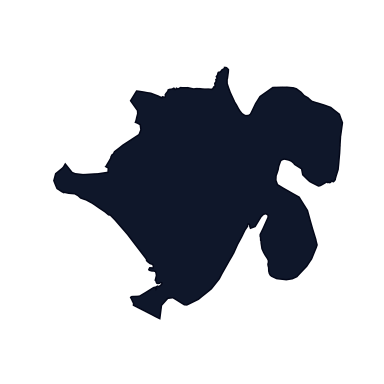 Far' Al Odayn, Ibb, Yemen, rotated 198°
{"feature_id": "15242507B99801964698927", "entity_name": "Far' Al Odayn", "entity_type": "district", "adm_level": 2, "iso_a3": "YEM", "parent_name": "Yemen", "parent_adm1": "Ibb", "projection": "robinson", "projection_center": [43.774, 13.958], "detail": "fine", "context": "isolated", "style": "filled", "palette": "ink", "viewbox_px": 384, "rotation_deg": 198, "n_neighbors": 0, "source": "geoboundaries", "source_scale": "gbopen_adm2", "svg_char_len": 5689}
<svg xmlns="http://www.w3.org/2000/svg" viewBox="0 0 384 384"><g transform="rotate(198 192 192)"><path d="M183.5,61.6L186.0,74.8L182.2,83.4L177.5,85.6L174.1,84.8L168.2,83.3L164.5,82.4L162.0,83.0L161.4,83.6L160.2,84.7L152.9,91.8L152.3,92.6L150.5,95.5L147.9,99.4L143.9,105.6L143.7,105.9L139.3,117.7L139.2,118.2L138.4,123.1L138.1,124.7L137.9,125.6L136.8,131.0L135.3,138.4L134.1,143.8L133.8,145.5L133.5,146.8L132.5,156.3L131.0,164.3L129.9,172.1L128.9,175.6L128.6,176.4L128.7,177.2L128.8,178.0L128.9,178.5L128.7,179.1L128.4,179.1L127.6,179.1L126.8,178.3L126.4,177.2L125.2,175.6L121.3,178.7L118.7,189.8L117.2,192.7L115.4,194.1L114.7,194.0L114.0,194.0L112.3,193.3L111.8,191.2L113.1,179.0L114.0,172.7L113.5,171.0L112.7,169.9L111.8,167.3L111.0,166.4L110.5,164.9L107.9,159.7L105.2,156.7L102.9,154.6L99.5,151.9L98.2,150.5L97.6,148.8L97.5,146.9L96.8,145.4L95.8,143.9L94.6,140.6L93.3,138.5L91.8,137.1L90.2,136.5L84.7,135.8L75.9,137.6L75.3,137.7L69.8,140.5L66.1,143.9L65.3,145.7L62.3,152.0L60.0,156.8L58.5,162.3L57.8,164.6L57.6,165.4L57.0,173.9L56.7,177.6L56.7,180.3L57.7,181.9L58.6,183.3L59.6,185.1L65.9,194.1L70.4,200.8L76.5,210.1L86.8,218.7L87.0,218.9L88.5,220.2L95.2,221.5L106.3,223.8L113.0,225.4L115.9,229.1L117.1,233.5L117.0,235.5L117.0,239.4L117.1,240.7L117.3,241.6L117.5,243.7L117.4,247.4L117.3,249.2L116.7,250.1L115.0,251.5L114.2,251.9L111.2,252.2L109.5,252.3L106.8,252.0L103.6,250.6L103.1,250.0L94.9,247.9L92.0,242.6L85.6,239.4L85.3,239.3L83.4,238.4L81.3,238.0L80.7,237.9L73.6,236.8L72.8,237.2L71.8,237.9L70.2,239.6L68.7,241.3L67.3,242.9L66.6,243.1L65.8,242.9L65.1,243.4L64.0,243.4L63.2,244.0L63.0,244.8L62.7,245.8L62.1,245.6L60.8,245.4L60.3,246.1L59.8,247.4L59.6,248.0L59.8,248.8L59.9,251.3L60.0,258.5L61.2,264.0L62.7,270.4L63.6,274.4L64.9,279.3L65.2,280.3L65.4,281.2L65.5,281.7L65.9,282.9L66.3,284.4L67.6,289.5L67.9,290.4L68.1,291.8L70.3,304.2L70.3,304.3L71.6,306.0L73.0,307.7L75.9,311.5L77.6,312.1L77.8,312.2L82.0,313.7L86.2,315.3L93.1,315.5L93.4,315.5L100.4,315.4L101.0,315.3L103.3,315.3L106.1,315.3L109.4,316.7L110.8,317.4L115.2,318.3L119.2,320.6L123.7,322.1L124.5,322.4L125.7,322.4L127.7,322.4L134.0,321.0L136.9,320.0L138.6,319.5L142.5,318.1L144.2,317.5L147.4,316.4L152.3,309.8L152.7,309.3L156.8,303.8L158.2,298.1L158.8,295.8L160.1,286.0L160.5,283.9L161.6,282.5L162.7,281.9L164.0,281.4L165.2,281.1L166.5,281.4L168.7,282.0L169.9,282.8L171.3,283.7L173.6,285.6L176.5,288.4L179.6,291.0L180.0,291.6L180.5,292.1L183.0,294.8L184.4,296.3L186.5,298.6L189.7,302.7L192.1,306.0L193.4,309.8L193.4,310.8L193.5,311.5L194.6,317.5L195.2,319.7L197.6,320.9L199.1,320.7L199.6,320.5L199.5,320.2L199.3,319.8L199.3,319.4L199.7,319.1L200.1,318.6L201.1,317.6L201.5,316.8L201.6,316.1L202.1,315.1L202.6,314.6L203.1,314.3L203.5,314.2L203.9,313.9L204.0,313.5L204.0,312.6L203.9,311.3L203.9,310.7L204.1,310.3L204.4,309.7L204.5,309.2L204.1,308.9L203.6,308.4L203.2,308.0L203.2,307.4L203.7,306.9L204.0,306.4L204.0,305.9L203.7,305.7L203.3,305.5L203.1,305.3L203.4,304.1L203.7,303.0L203.9,302.4L203.2,300.9L203.0,300.3L202.9,299.9L202.8,299.5L202.8,299.2L202.9,298.7L203.1,298.6L203.3,298.5L203.5,298.7L203.8,298.6L203.9,297.8L204.0,297.0L204.1,296.7L204.3,296.4L204.7,296.1L204.8,295.7L208.3,294.9L211.4,293.8L214.3,293.1L215.3,292.9L216.4,292.7L220.0,291.6L220.6,291.3L222.2,290.5L228.2,289.9L231.4,288.8L233.3,288.2L235.3,287.7L235.7,287.2L236.0,286.6L236.5,286.2L236.9,286.1L237.3,285.8L237.5,285.6L237.8,285.5L238.2,285.6L238.4,285.6L238.6,285.9L238.9,285.9L239.0,285.6L239.1,285.2L239.2,284.8L239.4,284.5L239.6,284.3L240.0,284.2L240.5,284.3L240.7,284.6L240.8,284.9L241.0,285.1L241.6,285.0L242.1,284.3L242.4,284.0L242.8,283.7L243.6,283.3L244.2,283.0L244.6,282.8L245.2,282.6L245.5,282.3L245.6,282.0L246.0,281.9L246.2,281.7L246.1,281.2L246.1,280.7L246.3,280.3L246.3,279.8L246.4,279.5L247.1,277.8L247.5,276.3L247.1,275.5L246.9,275.0L246.9,274.4L246.9,274.0L247.2,273.7L248.0,273.5L248.2,273.4L248.7,273.5L249.3,273.5L249.4,273.1L249.4,272.7L249.7,272.2L250.2,272.2L250.6,272.5L251.0,272.7L251.3,272.5L251.5,272.3L251.6,272.1L252.1,272.4L252.9,272.7L253.6,272.8L261.6,273.2L263.6,272.9L263.9,272.8L265.9,272.5L268.4,272.2L274.1,271.3L274.5,271.2L275.1,271.1L275.9,270.9L278.6,259.8L277.0,258.6L270.8,254.0L269.0,252.7L267.8,249.6L267.8,249.2L267.6,245.7L267.4,243.9L267.3,241.8L267.4,240.8L266.2,240.7L265.4,240.7L263.4,240.3L262.1,240.1L259.8,235.4L260.0,231.8L260.1,230.2L263.9,225.5L272.3,215.1L274.5,211.7L278.1,206.5L278.2,206.2L278.4,204.5L278.6,203.7L279.5,202.7L279.9,200.6L279.7,199.0L280.5,195.2L280.7,194.3L280.9,193.6L281.7,189.9L281.9,189.5L279.4,189.0L278.8,188.5L278.6,187.3L277.9,184.8L287.3,180.1L290.6,178.9L298.4,175.8L301.1,174.8L309.1,173.2L309.3,173.3L312.1,173.5L321.2,179.5L321.9,176.2L322.6,174.6L326.7,168.2L327.3,167.3L326.9,160.1L323.7,156.2L321.4,153.6L315.9,152.1L313.9,151.8L313.9,152.2L309.0,152.7L306.3,153.3L302.9,154.1L302.0,153.9L299.1,153.3L296.1,151.9L292.9,151.8L290.0,151.8L289.2,151.6L288.1,151.4L285.9,151.0L283.6,150.6L281.8,150.1L275.1,148.1L272.6,147.4L268.4,146.2L264.3,144.5L262.5,144.8L256.6,141.7L240.2,131.8L231.3,125.6L214.6,114.1L214.1,112.9L213.1,112.2L209.8,111.0L207.0,111.0L205.9,109.7L205.6,108.5L205.8,107.4L206.9,107.4L208.8,106.8L209.1,104.9L208.5,104.4L205.9,104.5L203.7,105.1L202.1,105.1L200.9,103.4L200.0,101.5L199.7,97.0L199.4,97.1L198.2,95.3L197.3,94.4L196.2,94.4L194.7,95.2L194.3,96.0L193.5,96.2L193.0,96.3L192.7,96.3L192.3,95.8L192.3,95.0L193.0,93.6L194.2,91.8L195.8,91.8L196.7,90.7L196.7,89.7L196.0,89.2L195.7,88.8L196.1,88.2L197.7,90.0L199.0,89.2L205.4,81.6L209.6,76.8L211.8,75.8L216.8,74.0L217.9,73.0L218.2,73.1L216.4,71.5L214.6,69.5L213.2,68.2L212.7,66.2L193.0,63.1L187.8,62.2L183.5,61.6Z" fill="#0f172a" stroke="#020617" stroke-width="1.5"/></g></svg>